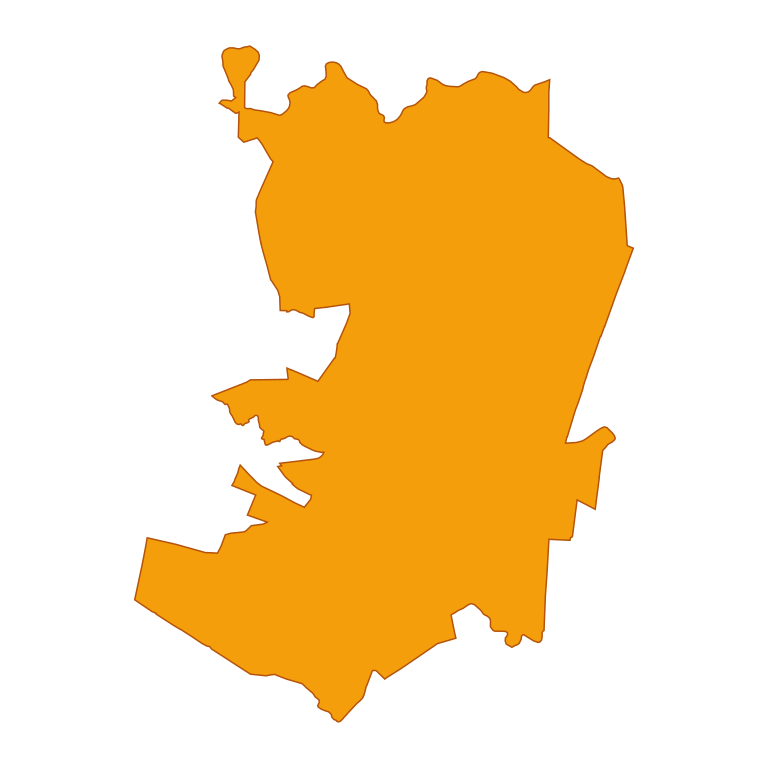 the district of Peris, Ilfov, Romania
{"feature_id": "2599482B58955255250502", "entity_name": "Peris", "entity_type": "district", "adm_level": 2, "iso_a3": "ROU", "parent_name": "Romania", "parent_adm1": "Ilfov", "projection": "equal_earth", "projection_center": [25.999, 44.686], "detail": "fine", "context": "isolated", "style": "filled", "palette": "amber", "viewbox_px": 768, "rotation_deg": 0, "n_neighbors": 0, "source": "geoboundaries", "source_scale": "gbopen_adm2", "svg_char_len": 6029}
<svg xmlns="http://www.w3.org/2000/svg" viewBox="0 0 768 768"><path d="M222.0,100.2L219.2,103.2L220.9,104.0L227.2,108.2L228.4,108.1L235.3,113.1L237.0,113.1L239.0,112.1L238.3,137.2L243.8,142.2L257.2,137.9L259.7,140.9L262.3,144.6L270.6,158.9L273.1,161.7L259.9,191.4L256.5,199.6L256.2,201.2L256.1,207.0L255.4,211.7L258.9,232.7L260.4,240.9L261.1,243.3L260.9,243.4L263.9,254.7L266.9,265.1L270.7,279.9L271.6,280.9L277.8,290.4L279.7,296.6L280.2,310.5L286.7,310.7L286.8,311.9L289.0,311.7L290.6,310.5L292.1,309.8L293.8,309.7L296.0,310.3L300.1,312.5L302.4,312.9L309.5,316.5L313.0,317.6L314.1,316.7L314.1,313.2L314.6,308.5L325.9,307.3L349.3,303.9L350.1,313.4L346.5,323.3L337.5,343.8L337.2,343.9L337.1,346.3L336.3,352.4L335.3,357.5L334.7,358.4L334.4,358.2L317.9,381.3L291.3,369.8L291.2,370.0L287.0,368.1L287.0,369.6L288.2,378.9L287.5,379.4L250.4,379.9L246.4,382.3L211.9,395.8L212.0,396.1L216.4,399.5L218.3,400.4L222.4,401.6L225.1,404.5L226.4,404.1L227.4,404.2L229.3,408.0L229.9,412.3L230.9,414.2L232.1,415.8L235.3,422.4L236.9,424.0L238.1,424.3L239.3,424.4L240.9,423.8L242.1,425.3L243.0,425.5L243.5,425.2L244.9,423.5L247.6,422.7L249.1,421.7L248.6,419.8L248.9,419.4L253.8,416.9L254.9,415.6L255.6,415.3L256.6,415.4L257.7,416.0L258.3,417.5L258.3,420.3L259.3,423.8L259.8,427.3L260.4,428.1L261.7,429.3L263.8,430.9L263.8,431.6L263.3,433.3L263.3,435.0L261.5,438.2L261.8,438.8L264.0,439.5L264.4,440.1L264.2,440.9L264.8,442.0L264.9,443.4L265.5,444.9L266.8,445.1L268.8,444.4L271.4,442.9L273.3,442.1L277.3,441.1L277.8,440.7L278.9,441.5L279.5,441.5L280.1,441.2L280.2,440.3L280.5,439.9L281.5,438.9L283.1,438.9L285.3,438.0L287.0,436.9L289.4,436.0L292.6,436.7L294.4,438.7L297.1,439.2L298.5,439.7L299.4,440.7L299.9,442.6L302.5,445.0L305.0,446.4L311.8,449.7L315.2,451.1L321.1,452.3L323.9,452.3L322.4,455.1L320.4,457.0L318.2,458.3L314.5,459.1L279.7,463.3L281.6,465.8L277.7,466.5L284.5,475.9L286.6,478.1L292.6,483.5L292.2,484.0L294.4,486.1L298.0,488.9L309.7,494.6L311.4,495.1L310.7,499.2L304.3,507.3L294.9,502.9L281.7,495.8L261.5,486.1L256.8,482.5L247.9,473.4L240.2,465.1L238.8,468.7L237.7,473.0L235.0,479.1L234.4,481.2L231.9,485.5L255.7,495.0L247.4,515.1L267.2,522.1L263.3,524.1L251.3,525.7L246.3,530.6L244.3,531.8L241.6,532.2L233.6,532.9L230.6,533.3L225.3,534.8L221.0,546.4L217.5,553.1L206.5,552.6L206.1,552.8L176.1,544.4L147.2,537.8L145.1,549.7L141.8,566.5L134.7,599.8L151.9,611.5L156.2,613.4L156.0,613.9L158.3,615.5L173.3,625.2L180.1,629.3L180.5,629.3L190.0,635.4L202.1,643.5L206.8,646.0L209.7,646.6L211.5,649.0L250.5,674.2L266.3,675.8L270.3,674.9L275.3,674.4L276.2,675.1L286.3,679.0L302.2,683.7L306.3,687.7L313.1,693.5L315.1,696.8L318.4,699.4L319.3,700.6L319.0,702.9L317.8,705.4L318.0,706.8L321.3,709.2L325.5,710.9L328.6,711.8L331.1,714.2L331.9,717.2L333.9,719.5L336.1,720.3L337.0,721.4L338.7,721.9L340.5,721.1L342.5,719.2L344.1,717.2L346.1,715.2L348.5,712.4L356.9,703.4L360.2,700.6L362.6,698.0L363.9,695.1L364.7,692.5L365.8,688.2L365.7,687.6L366.8,685.5L372.4,670.6L375.0,670.4L376.2,670.7L384.8,679.1L385.9,678.1L400.8,668.7L437.5,643.6L455.9,638.2L454.4,631.7L451.1,615.2L451.8,614.4L455.0,612.7L458.1,610.5L463.0,608.4L467.4,605.3L469.6,604.1L471.7,603.7L474.4,604.6L480.6,610.1L482.2,612.1L483.1,613.7L484.5,614.8L487.1,616.0L489.7,618.2L490.3,619.8L490.5,621.6L490.4,626.4L490.6,627.1L492.8,630.1L494.3,631.0L495.3,631.2L501.9,631.2L505.6,631.5L506.4,631.9L507.3,632.6L507.6,634.2L507.3,635.3L505.4,638.0L505.2,640.8L505.6,642.3L506.3,644.1L511.9,647.3L514.7,645.7L517.5,644.6L519.2,643.3L521.2,639.3L521.5,636.4L522.2,635.3L523.0,634.7L524.0,634.9L533.3,640.7L537.9,642.4L539.3,642.2L540.2,641.7L541.5,640.0L542.1,637.4L542.1,632.4L543.3,630.9L544.0,630.6L545.4,595.5L547.1,571.9L548.9,539.3L570.0,540.3L570.4,537.8L572.1,537.0L572.5,536.0L577.1,499.9L595.2,509.3L599.3,477.6L599.1,477.5L602.7,450.5L605.9,447.0L607.8,444.6L608.6,443.9L611.9,442.2L614.6,439.8L615.1,438.8L615.2,438.1L614.4,435.7L612.4,433.0L607.0,427.7L605.0,427.0L604.0,426.9L600.4,428.6L595.9,431.6L586.2,438.7L582.5,440.9L576.4,442.5L565.5,443.2L566.8,437.2L567.2,437.1L575.4,410.0L578.2,402.7L582.9,388.7L583.2,386.8L585.0,380.6L586.1,377.7L588.5,369.9L593.4,357.0L600.4,336.4L600.9,336.4L604.5,326.4L604.7,326.5L616.1,294.4L624.7,272.0L626.3,267.2L633.3,248.2L627.3,245.7L627.2,245.2L624.6,206.5L622.8,187.0L621.7,183.8L619.2,178.8L618.6,178.1L615.0,178.9L613.3,178.9L611.1,178.6L606.4,176.6L591.8,165.7L586.8,163.8L578.9,158.8L549.8,137.8L548.3,137.6L548.8,109.4L548.8,92.7L549.7,79.7L544.6,81.8L534.6,85.2L532.4,87.4L530.8,89.8L528.6,91.8L525.7,92.6L523.3,92.2L518.9,89.5L516.5,86.8L510.4,81.3L503.9,77.6L492.0,73.2L483.1,71.6L481.5,71.7L479.6,72.5L478.5,73.6L476.9,76.6L475.3,78.7L468.0,81.5L462.8,84.4L460.4,86.0L458.2,86.8L450.2,86.4L445.8,85.7L442.5,84.3L437.3,80.4L432.1,78.4L430.0,77.9L428.2,78.6L427.0,81.0L427.1,84.4L426.5,86.1L426.2,88.1L426.6,89.6L426.8,92.0L425.0,95.5L423.7,97.4L415.2,104.7L411.8,105.9L407.7,106.8L404.2,108.8L402.6,111.1L401.7,113.4L399.8,116.4L397.3,119.4L393.7,121.6L389.4,122.9L385.9,122.9L384.1,121.8L384.0,119.8L384.4,117.6L383.5,115.6L379.2,113.4L378.0,110.8L377.5,107.9L377.5,104.2L376.3,100.9L370.2,94.6L368.3,90.9L366.4,88.8L357.0,84.2L347.1,77.8L344.5,73.4L341.0,66.5L338.9,64.2L336.5,62.8L333.5,62.1L331.0,62.2L328.6,62.6L326.2,64.1L325.4,66.2L326.0,71.0L326.2,76.4L324.8,79.4L322.3,80.7L317.0,84.7L314.2,87.7L311.2,87.9L307.6,86.5L304.6,85.9L302.0,86.3L300.4,87.6L296.5,89.9L290.1,92.7L288.0,95.0L288.2,97.0L289.3,99.4L290.1,102.2L289.5,106.3L288.1,108.9L286.6,110.7L282.5,114.1L279.9,115.4L271.0,112.7L261.7,110.9L254.5,109.9L250.3,108.5L247.0,108.7L244.6,107.8L244.9,81.9L250.6,74.3L250.9,72.7L253.5,69.5L259.0,60.1L259.3,55.3L258.1,52.1L255.0,49.3L249.9,46.1L249.6,46.1L247.6,46.7L244.2,47.1L240.2,48.6L238.8,48.8L237.6,48.8L233.4,47.9L229.3,47.9L225.4,49.7L223.9,50.9L223.4,51.8L222.2,54.7L222.0,56.6L222.9,61.6L223.0,65.5L223.2,66.7L224.0,68.3L226.5,74.3L228.1,78.3L228.8,80.9L230.8,84.3L233.1,88.9L233.5,91.3L233.6,96.1L235.7,97.5L231.5,101.0L226.7,100.2L222.0,100.2Z" fill="#f59e0b" stroke="#b45309" stroke-width="1.5"/></svg>